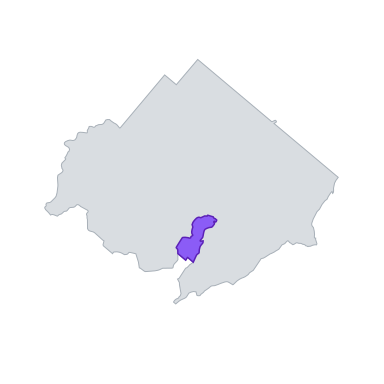 Sudan, with White Nile highlighted, rotated 40°
{"feature_id": "SDN-879", "entity_name": "White Nile", "entity_type": "State", "adm_level": 1, "iso_a3": "SDN", "parent_name": "Sudan", "parent_adm1": "", "projection": "mercator", "projection_center": [32.247, 13.605], "detail": "fine", "context": "in_parent", "style": "filled", "palette": "violet", "viewbox_px": 384, "rotation_deg": 40, "n_neighbors": 0, "source": "natural_earth", "source_scale": "10m", "svg_char_len": 5529}
<svg xmlns="http://www.w3.org/2000/svg" viewBox="0 0 384 384"><g transform="rotate(40 192 192)"><path d="M251.5,288.2L248.7,288.2L248.4,287.5L248.4,285.6L248.7,284.2L249.8,281.9L249.5,280.7L249.7,278.9L248.9,276.9L242.0,271.1L240.6,269.5L236.9,268.0L237.6,266.4L236.1,254.5L236.8,253.1L237.0,251.1L237.0,249.2L237.9,246.2L238.0,244.9L230.6,244.8L230.5,246.1L230.9,247.6L230.9,248.2L220.6,248.2L224.7,252.9L224.9,254.9L224.7,257.5L224.7,259.1L225.0,260.2L226.1,262.3L226.0,262.6L225.7,263.1L218.5,269.3L217.2,272.2L216.3,273.7L214.2,276.3L207.5,282.9L206.5,283.3L201.4,283.6L200.9,283.7L200.5,284.0L200.3,283.9L196.0,280.1L188.7,275.4L183.9,277.8L182.6,278.7L182.5,281.0L181.8,282.1L180.5,283.4L177.0,284.1L175.1,284.8L172.9,286.1L170.7,288.2L170.6,289.3L170.8,290.3L158.6,290.2L157.7,289.5L156.0,286.0L154.7,286.2L143.5,285.8L141.9,286.1L138.7,287.6L137.1,287.8L135.5,287.2L129.6,280.3L128.3,279.4L127.0,277.8L125.7,277.1L125.3,276.6L125.1,275.8L125.2,274.3L124.8,273.4L123.8,273.1L115.9,274.7L114.8,274.6L113.1,274.8L112.6,275.1L111.9,276.0L111.8,277.9L111.6,278.9L111.0,279.9L108.7,282.2L108.2,283.3L108.3,285.8L108.2,287.1L107.8,287.7L106.8,288.7L106.5,289.3L106.1,292.6L104.9,294.6L104.6,295.3L104.5,296.7L104.3,297.1L100.7,298.3L99.4,299.0L98.6,300.1L98.4,300.6L96.8,300.2L94.9,299.9L91.2,299.6L89.7,299.0L89.0,298.3L89.2,296.3L88.8,295.8L88.2,295.5L87.8,294.6L87.9,293.6L89.9,291.3L90.3,290.1L90.8,284.3L90.6,282.5L89.1,279.3L85.5,273.7L84.6,272.6L80.1,267.9L79.6,267.3L78.5,265.3L79.7,261.0L79.8,259.8L79.5,258.6L78.3,257.7L77.3,257.6L76.0,256.5L75.1,255.9L74.4,254.9L73.8,253.5L74.2,248.5L74.0,247.8L72.8,247.6L72.5,247.2L72.6,246.3L72.0,243.4L71.3,241.0L71.6,239.7L70.7,237.9L68.9,237.1L65.3,237.7L64.1,237.6L63.4,237.3L62.8,236.6L62.6,235.8L62.8,234.7L63.8,232.5L65.1,230.7L67.7,229.1L68.4,228.2L68.8,227.3L68.8,226.2L68.7,225.0L68.4,224.0L67.6,222.6L66.9,220.9L66.9,219.8L67.2,219.0L67.9,218.1L70.5,216.2L73.1,214.6L73.6,214.1L73.4,213.4L72.2,212.1L71.8,209.6L71.1,207.9L72.5,206.6L73.5,206.1L75.0,205.7L75.6,205.1L75.8,204.1L75.7,203.1L76.3,202.3L77.0,200.7L77.6,200.0L79.6,198.1L80.1,196.9L80.2,195.7L79.7,192.2L80.8,190.7L82.3,189.5L84.4,189.6L87.7,189.3L90.0,188.8L91.6,188.8L95.3,189.5L95.7,189.2L95.8,188.2L95.8,119.9L111.0,119.9L111.2,86.8L207.3,86.9L208.1,86.7L209.6,83.6L210.2,83.4L211.2,83.6L211.6,84.3L210.8,86.8L294.6,86.8L294.8,90.6L295.5,93.6L297.9,98.0L299.9,100.3L300.6,101.6L300.7,102.2L300.6,102.7L300.0,102.1L298.9,101.6L298.8,103.7L299.3,107.8L300.1,110.7L299.5,113.3L299.6,117.8L300.7,123.2L300.4,126.7L302.2,134.7L303.9,139.1L304.8,140.2L305.9,140.8L307.9,141.2L310.8,143.4L313.2,145.8L314.0,147.0L315.2,148.4L315.9,148.2L316.4,147.8L317.2,148.9L320.9,151.3L321.4,152.4L320.1,153.4L318.6,155.3L317.8,157.0L317.4,157.6L316.2,158.7L316.0,159.2L315.4,159.5L314.8,159.5L313.6,160.1L312.4,159.9L311.3,160.3L310.8,160.7L309.9,161.0L308.7,161.2L306.7,162.7L305.1,163.4L304.5,164.0L303.6,166.9L303.0,167.6L300.5,167.7L299.2,168.0L297.6,167.6L296.8,167.7L296.5,168.3L296.2,170.8L296.3,171.8L294.9,174.7L295.3,180.0L293.9,183.9L293.7,184.8L292.4,187.9L291.7,189.1L289.9,194.9L289.2,196.7L287.8,198.6L289.3,212.6L288.0,216.8L288.1,219.2L287.2,222.6L286.5,224.2L285.4,226.1L284.5,228.2L283.7,231.0L283.1,236.4L282.9,236.8L278.4,237.5L277.0,237.9L276.1,238.5L275.0,239.8L272.7,243.6L271.5,245.9L269.7,249.0L267.5,251.2L267.0,252.3L266.7,254.3L265.9,257.4L265.2,259.7L265.3,261.5L264.6,264.6L264.7,266.2L264.0,267.0L262.9,267.8L262.2,268.0L259.2,265.9L257.0,267.4L255.6,269.4L254.6,271.5L255.2,275.8L255.1,276.7L254.8,277.8L252.8,282.0L252.2,284.0L251.6,287.4L251.5,288.2Z" fill="#d9dde1" stroke="#a8b0b8" stroke-width="1"/><path d="M238.1,245.0L230.8,244.9L230.7,245.0L230.8,245.1L230.8,245.4L230.7,245.8L230.7,246.0L230.8,247.0L231.0,247.5L231.0,247.9L231.0,248.3L225.9,248.3L220.8,248.3L218.4,245.6L217.5,245.1L216.1,244.9L215.9,244.9L215.7,244.8L215.6,244.6L215.5,244.4L214.7,239.0L214.0,233.7L214.0,233.1L214.1,232.9L214.4,232.5L215.9,231.1L218.4,229.5L219.7,229.0L219.8,228.9L220.1,228.5L220.2,228.3L220.2,228.2L220.3,228.0L220.2,227.9L220.2,227.6L220.0,227.0L219.9,226.8L219.9,226.6L220.0,226.4L220.4,225.0L220.4,224.8L220.4,224.7L220.2,224.5L220.0,224.4L219.9,224.3L219.1,224.1L218.7,223.9L218.2,223.5L218.0,223.3L217.6,222.9L217.2,222.4L216.2,220.7L215.3,218.6L215.1,218.3L215.0,218.2L214.7,218.0L214.0,217.5L213.5,217.2L213.1,217.0L213.1,216.9L213.0,216.7L212.9,216.5L212.8,216.2L212.6,215.6L212.3,214.8L212.1,213.4L212.1,211.2L212.3,209.1L212.7,208.0L213.3,207.1L213.5,206.9L214.2,206.5L214.7,206.3L215.0,206.2L215.3,206.0L215.4,205.8L217.1,202.2L219.0,200.8L219.0,200.7L219.0,200.4L218.9,200.1L218.9,199.8L219.1,199.6L219.3,199.5L224.2,197.4L224.5,197.5L225.6,197.9L225.8,197.9L226.0,197.9L226.4,197.7L226.7,197.6L227.2,197.5L229.0,197.6L229.4,198.6L229.5,199.1L229.5,199.5L229.3,199.8L229.2,200.0L228.9,200.0L228.5,200.0L228.2,200.0L227.9,200.1L227.8,200.4L227.8,200.7L228.0,201.0L228.3,201.2L229.3,201.6L229.5,201.7L229.6,201.9L229.7,202.2L229.8,202.8L229.9,205.3L229.8,205.8L229.6,206.3L229.3,206.8L228.8,207.3L227.9,208.3L226.9,210.0L226.1,211.8L226.0,212.1L226.0,212.4L226.0,212.8L226.1,213.2L226.5,214.5L227.1,215.7L228.4,218.0L229.2,219.5L229.4,220.2L229.4,220.7L229.4,223.4L229.5,223.9L229.7,224.2L230.1,224.2L230.5,223.9L231.9,222.3L232.4,222.9L232.6,223.1L232.8,223.5L233.0,223.9L233.1,224.5L233.1,227.0L233.3,228.4L233.6,229.3L234.7,231.5L236.3,233.7L236.5,234.3L236.5,234.8L236.1,236.0L236.0,236.9L236.1,237.8L238.1,245.0Z" fill="#8b5cf6" stroke="#5b21b6" stroke-width="1.5"/></g></svg>